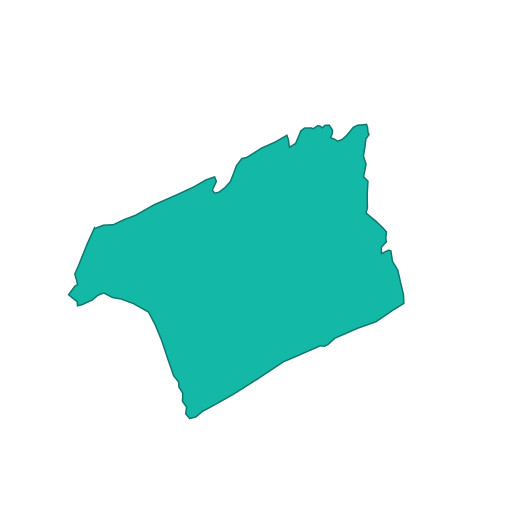 Lycksele, Västerbotten, Sweden, rotated 125°
{"feature_id": "70781695B44534775351427", "entity_name": "Lycksele", "entity_type": "district", "adm_level": 2, "iso_a3": "SWE", "parent_name": "Sweden", "parent_adm1": "Västerbotten", "projection": "robinson", "projection_center": [18.314, 64.665], "detail": "fine", "context": "isolated", "style": "filled", "palette": "teal", "viewbox_px": 512, "rotation_deg": 125, "n_neighbors": 0, "source": "geoboundaries", "source_scale": "gbopen_adm2", "svg_char_len": 1698}
<svg xmlns="http://www.w3.org/2000/svg" viewBox="0 0 512 512"><g transform="rotate(125 256 256)"><path d="M169.6,157.3L166.9,160.0L161.5,162.9L160.3,167.7L158.7,177.8L158.1,186.1L157.5,190.6L152.7,192.3L146.4,196.9L140.4,201.1L130.6,207.1L129.3,213.5L123.0,216.1L117.6,218.6L112.5,225.4L104.4,229.2L97.2,233.1L91.7,233.1L90.4,235.2L87.0,238.1L84.8,240.9L88.1,244.7L90.3,247.5L94.7,250.1L99.7,250.4L105.8,251.0L111.3,252.3L115.2,255.1L115.2,258.3L116.3,262.7L111.3,264.0L109.0,265.6L106.8,271.0L109.5,274.5L112.9,275.1L112.9,278.3L114.0,280.2L118.9,282.1L119.5,284.3L123.5,289.7L127.8,291.0L135.0,289.4L141.1,288.1L147.8,291.0L142.2,296.1L139.4,299.9L152.1,305.9L164.3,313.3L172.1,316.5L180.4,320.0L184.3,323.5L193.2,323.8L201.6,321.6L209.9,319.7L217.7,320.6L224.9,322.9L228.2,325.7L227.1,329.6L217.7,331.2L214.9,335.3L222.1,340.5L234.9,346.5L250.5,355.5L272.2,368.7L291.7,378.0L301.7,384.8L312.3,390.9L318.2,398.6L326.4,404.2L326.3,404.3L342.9,401.2L357.9,397.7L366.0,395.8L374.6,394.1L376.6,391.8L378.6,389.2L381.8,385.7L384.7,387.1L395.2,387.3L395.6,382.9L396.0,376.1L399.2,373.7L395.9,370.7L385.8,364.8L378.9,363.0L373.6,359.5L372.3,349.6L368.6,341.9L365.3,329.3L363.6,311.9L370.0,299.4L379.2,285.0L392.5,267.0L401.3,254.8L403.6,247.2L407.6,243.9L410.4,237.3L417.2,232.9L419.6,226.2L423.2,224.3L425.6,223.0L427.2,217.1L422.3,212.9L413.9,210.7L400.5,204.0L381.9,195.1L354.1,183.5L326.7,172.8L321.9,169.7L305.4,159.6L292.9,152.0L290.5,148.1L287.2,146.3L278.0,144.2L256.7,131.2L241.0,120.0L222.6,113.1L210.0,107.7L203.1,113.0L196.5,120.5L186.3,131.7L182.2,141.0L179.3,143.8L174.4,148.5L175.2,150.7L182.1,154.6L176.8,158.4L169.6,157.3Z" fill="#14b8a6" stroke="#0f766e" stroke-width="1.5"/></g></svg>